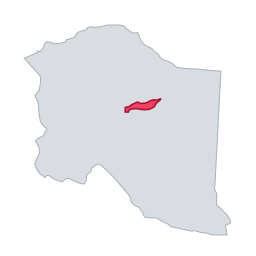 location of Kayunga within Uganda, rotated 273°
{"feature_id": "UGA-3067", "entity_name": "Kayunga", "entity_type": "District", "adm_level": 1, "iso_a3": "UGA", "parent_name": "Uganda", "parent_adm1": "", "projection": "orthographic", "projection_center": [32.888, 1.01], "detail": "fine", "context": "in_parent", "style": "filled", "palette": "rose", "viewbox_px": 256, "rotation_deg": 273, "n_neighbors": 0, "source": "natural_earth", "source_scale": "10m", "svg_char_len": 2778}
<svg xmlns="http://www.w3.org/2000/svg" viewBox="0 0 256 256"><g transform="rotate(273 128 128)"><path d="M189.7,217.8L185.6,217.8L178.8,217.8L172.1,217.8L165.4,217.8L158.7,217.8L152.0,217.8L145.3,217.8L138.6,217.8L131.8,217.8L125.1,217.8L118.4,217.8L111.7,217.8L105.0,217.8L98.3,217.8L91.5,217.8L84.8,217.8L78.1,217.8L74.2,217.8L73.4,217.7L72.8,217.5L70.3,218.0L67.7,219.7L64.9,220.3L61.9,220.1L61.5,220.3L60.0,220.2L57.8,220.1L55.9,220.5L54.4,222.0L52.8,224.5L50.1,227.3L47.9,229.8L46.1,231.6L41.9,234.6L39.7,235.4L38.5,235.3L37.8,234.7L36.5,231.0L35.7,230.4L27.6,232.3L26.3,232.3L26.4,231.1L25.8,222.3L25.7,216.8L26.8,213.4L27.4,209.5L27.5,206.0L29.0,200.1L28.4,196.6L30.3,184.2L30.9,182.2L31.6,176.2L32.8,174.4L33.9,173.6L35.3,170.0L37.9,164.1L39.8,161.1L39.4,154.5L39.7,150.0L40.1,149.0L44.1,147.3L49.2,143.1L51.3,138.3L54.4,135.1L60.3,133.1L77.9,116.4L86.0,107.3L89.6,102.7L89.7,101.0L90.4,98.9L89.0,97.2L87.3,95.6L86.7,94.2L85.3,93.5L83.2,93.5L81.8,92.5L80.2,90.4L78.6,89.1L73.7,89.3L69.8,87.2L69.9,84.3L71.4,78.8L74.3,72.4L74.5,70.6L74.1,69.1L73.4,67.8L72.1,66.6L70.8,65.0L71.8,60.4L73.6,55.9L75.1,53.7L76.6,51.2L76.2,49.1L74.1,48.1L75.2,46.1L77.5,42.7L82.0,39.2L85.9,37.0L88.5,36.9L93.6,38.8L98.2,40.9L100.8,41.0L103.9,40.1L110.2,36.3L111.8,37.5L113.6,39.9L115.7,43.7L119.7,45.4L121.6,46.6L123.0,47.0L123.7,46.7L125.3,43.7L127.1,42.0L130.5,40.0L138.0,38.3L143.4,37.8L145.6,37.5L149.5,36.5L155.5,33.4L161.4,37.4L167.8,38.1L174.0,38.1L175.9,36.9L177.0,36.0L183.5,29.4L192.3,20.6L198.2,33.1L200.3,33.8L200.0,34.9L199.5,35.9L203.3,38.9L208.1,40.5L209.8,42.1L209.9,43.7L208.3,51.0L208.6,53.1L210.2,60.4L213.0,62.1L215.5,69.5L220.6,72.6L221.3,73.5L222.5,77.1L224.0,81.0L225.3,81.9L226.0,82.1L227.5,86.3L226.6,88.6L227.8,95.7L229.7,102.0L230.2,109.6L230.3,112.9L230.2,115.0L229.8,117.9L228.9,119.5L227.3,121.1L225.5,123.7L223.9,126.4L222.9,127.8L223.7,131.9L223.5,132.9L223.1,133.4L220.8,134.1L217.9,135.2L216.1,136.3L213.6,138.3L211.5,140.6L208.9,147.2L204.4,152.3L203.6,154.0L199.4,157.1L197.6,160.9L196.4,165.5L194.8,168.8L191.2,173.4L190.4,180.6L190.5,195.0L189.6,211.4L189.7,217.8Z" fill="#d9dde1" stroke="#a8b0b8" stroke-width="1"/><path d="M147.3,139.1L147.8,135.3L147.2,131.5L147.1,130.7L147.2,130.2L147.1,129.7L147.0,129.3L146.7,129.1L146.4,129.0L146.1,128.4L145.7,128.3L145.0,127.9L143.9,127.5L143.8,124.4L148.4,124.2L149.2,127.0L149.9,128.7L151.5,130.4L151.7,131.2L152.6,132.2L153.0,133.5L154.1,135.3L154.3,136.0L154.3,136.9L154.1,137.6L153.3,138.2L153.1,139.1L153.8,144.1L154.3,145.5L156.1,148.3L156.8,149.8L157.3,151.4L157.5,153.2L157.4,154.9L157.5,155.7L158.8,158.8L159.3,159.4L157.3,158.4L156.8,157.8L154.9,155.6L153.7,154.7L151.7,153.8L150.2,152.6L148.9,150.4L147.7,148.0L147.1,143.6L147.3,139.1Z" fill="#f43f5e" stroke="#9f1239" stroke-width="1.5"/></g></svg>